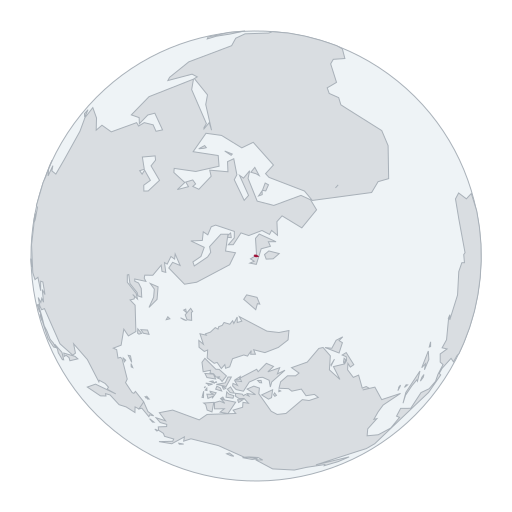 the Earth from above Fife, rotated 219°
{"feature_id": "GBR-2021", "entity_name": "Fife", "entity_type": "Unitary District", "adm_level": 1, "iso_a3": "GBR", "parent_name": "United Kingdom", "parent_adm1": "", "projection": "orthographic", "projection_center": [-3.169, 56.241], "detail": "fine", "context": "on_globe", "style": "filled", "palette": "rose", "viewbox_px": 512, "rotation_deg": 219, "n_neighbors": 0, "source": "natural_earth", "source_scale": "10m", "svg_char_len": 10824}
<svg xmlns="http://www.w3.org/2000/svg" viewBox="0 0 512 512"><g transform="rotate(219 256 256)"><circle cx="256" cy="256" r="225" fill="#eef3f6" stroke="#a8b0b8"/><path d="M39.7,319.0L36.8,307.8L37.1,305.2L35.9,298.0L40.0,299.2L40.7,285.8L39.7,280.1L37.6,279.8L36.0,258.5L37.8,245.2L45.6,184.8L49.1,175.7L53.5,169.1L78.0,131.4L57.2,158.5L62.6,148.2L71.0,136.0L71.3,137.2L83.7,123.6L91.5,113.8L109.1,101.0L128.0,97.4L122.4,101.7L127.6,100.7L134.9,95.5L138.4,92.3L166.1,84.9L191.5,73.0L195.7,66.6L197.8,70.4L203.3,57.1L214.6,50.7L204.1,59.6L204.8,62.0L213.6,58.3L216.3,59.9L222.1,59.3L224.4,61.7L218.1,67.2L219.4,69.0L225.6,66.3L231.9,67.4L222.6,71.0L232.5,73.4L223.8,83.8L197.0,92.9L194.3,102.1L172.6,120.9L176.8,121.8L171.2,130.0L174.0,134.1L169.2,136.8L175.5,137.8L179.4,134.6L183.5,134.1L185.5,136.4L179.7,140.0L177.8,139.5L177.2,141.7L173.4,142.7L176.4,143.5L169.1,148.0L179.2,147.0L175.8,153.5L170.2,155.5L167.1,150.7L146.5,144.9L139.8,146.2L133.6,152.5L129.6,173.5L123.8,177.1L118.6,185.3L123.5,185.2L129.2,178.9L137.0,181.1L143.1,173.5L147.2,173.4L154.9,167.7L157.7,173.7L156.1,182.7L149.8,187.8L148.9,192.1L158.1,191.6L149.4,205.8L149.0,223.7L146.3,227.1L135.4,225.2L127.3,213.7L113.1,212.9L126.2,218.8L119.3,227.8L119.8,231.7L122.5,234.5L126.7,233.3L125.1,237.7L111.6,233.1L112.8,229.0L117.0,230.4L113.2,225.2L104.0,222.9L101.3,228.0L90.3,220.2L88.2,223.9L84.6,224.5L88.8,219.0L81.1,228.9L67.9,223.5L57.2,240.2L63.4,220.2L63.0,211.7L61.6,203.2L59.7,205.7L60.4,192.0L56.5,186.2L48.5,194.0L43.0,207.1L42.9,220.9L46.0,220.0L47.7,228.6L39.9,235.0L41.8,253.7L37.9,261.8L37.6,271.6L40.1,278.5L42.3,289.3L46.1,289.5L51.2,295.8L49.0,304.0L53.6,301.8L55.2,310.8L66.8,328.3L65.4,328.8L74.8,352.5L88.6,371.5L91.8,380.3L89.8,382.0L95.5,387.9L95.6,390.1L121.2,412.0L136.9,425.9L138.2,432.5L128.5,432.8L128.0,440.1L112.8,429.9L113.0,430.1L100.4,418.9L88.6,406.8L77.8,393.8L68.0,380.1L59.2,365.6L51.5,350.6L45.0,335.0L39.7,319.0ZM53.7,244.3L56.2,269.8L51.7,260.3L53.1,261.0L53.2,253.4L52.2,241.9L49.1,234.1L53.7,244.3ZM61.7,244.3L61.0,240.6L62.1,243.6L61.7,244.3ZM139.6,90.8L134.7,95.2L127.2,99.5L130.9,95.5L139.6,90.8ZM154.3,83.8L152.8,86.1L147.2,86.4L149.8,85.0L154.3,83.8ZM198.2,61.9L193.8,64.3L197.2,61.5L198.2,61.9ZM222.4,58.7L222.9,57.6L225.7,57.8L222.4,58.7ZM152.9,164.9L153.9,166.3L151.9,166.6L152.9,164.9ZM155.4,161.3L152.4,160.6L153.1,158.8L155.0,159.2L155.4,161.3ZM231.9,61.8L236.3,62.6L230.7,62.7L231.9,61.8ZM158.9,162.5L154.8,155.7L156.2,152.6L164.2,151.6L158.9,162.5ZM238.1,63.7L248.9,65.9L250.7,63.5L251.5,72.0L242.1,67.1L234.9,67.4L238.7,65.6L238.1,63.7ZM179.8,132.7L175.7,136.2L177.3,131.2L179.8,132.7ZM179.8,129.6L178.6,115.9L185.6,112.1L184.5,117.3L192.1,111.1L196.0,115.9L192.8,120.5L187.5,121.9L193.0,122.7L179.8,129.6ZM250.2,76.6L251.9,78.1L249.0,77.6L250.2,76.6ZM185.3,133.5L184.4,131.0L190.4,127.4L193.2,132.0L190.3,131.6L185.3,133.5ZM192.1,107.1L197.0,105.5L201.6,108.9L204.1,108.8L196.7,115.7L192.1,107.1ZM190.0,133.6L194.4,134.4L193.4,138.2L186.5,135.8L190.0,133.6ZM190.7,124.7L193.7,123.3L193.0,125.5L190.7,124.7ZM192.4,152.5L191.2,149.2L194.2,147.1L192.4,152.5ZM196.2,134.5L196.5,133.2L197.5,132.0L200.2,133.4L196.2,134.5ZM200.5,117.8L201.3,119.7L203.7,115.1L207.2,117.7L201.7,121.9L205.5,121.2L206.6,122.0L200.9,124.6L200.5,117.8ZM206.0,131.3L200.1,138.0L201.6,144.3L199.0,146.4L197.1,135.8L206.0,131.3ZM203.5,127.1L204.5,130.2L200.7,131.0L197.7,129.5L203.5,127.1ZM211.6,118.0L207.7,112.9L209.0,112.2L211.6,118.0ZM207.2,133.0L208.6,131.4L207.8,133.3L207.2,133.0ZM211.1,122.4L209.5,120.6L211.1,119.8L211.1,122.4ZM212.7,129.7L210.8,131.8L208.7,130.8L212.7,129.7ZM212.6,126.2L215.1,125.6L209.1,129.1L211.6,125.5L212.6,126.2ZM212.9,121.9L213.3,120.9L213.3,122.8L212.9,121.9ZM221.8,132.6L214.7,137.4L210.0,135.0L217.6,130.7L221.8,132.6ZM467.7,179.1L469.3,185.2L473.2,196.2L473.0,195.5L474.7,201.8L474.7,202.0L472.0,193.2L468.0,187.4L470.7,198.4L468.2,193.7L463.1,193.7L465.6,209.7L471.3,242.1L476.0,255.9L476.2,268.6L466.8,262.9L459.4,253.2L458.0,260.7L446.6,261.4L432.7,284.5L429.0,283.1L426.8,289.3L418.5,293.2L412.2,290.0L408.0,295.2L424.5,303.3L428.8,297.5L429.9,285.4L433.9,290.0L441.7,287.2L439.4,312.5L415.9,354.1L410.7,344.8L377.9,327.7L377.2,323.0L377.0,322.6L376.4,322.0L376.3,330.2L369.7,325.8L390.4,342.1L395.1,350.7L415.6,355.1L414.4,358.2L420.1,357.1L434.9,336.9L435.6,340.5L430.4,364.6L407.3,404.1L408.8,412.5L404.3,421.8L386.4,437.3L384.4,440.7L374.6,447.3L371.6,449.4L370.6,450.0L356.2,457.8L341.2,464.5L325.8,470.2L319.2,471.3L311.2,465.4L319.7,457.5L318.9,452.3L302.7,441.6L306.5,431.5L301.4,428.4L291.4,431.1L285.2,426.9L278.9,427.6L237.2,432.6L222.8,424.9L201.6,399.6L207.9,390.6L206.1,378.1L247.2,334.6L259.2,337.0L295.3,325.3L300.4,326.0L299.7,337.7L329.7,342.6L335.1,331.1L358.7,328.0L372.1,319.9L370.5,297.5L348.6,310.3L341.2,302.5L356.0,283.8L374.7,272.6L372.4,269.2L357.6,268.3L358.9,258.1L352.1,267.4L357.1,269.3L353.0,275.3L348.3,274.0L348.9,270.3L342.4,271.9L341.0,289.7L346.0,293.6L330.8,303.8L337.5,311.4L334.5,317.6L322.0,307.1L320.9,301.6L300.2,291.8L299.9,298.4L319.5,308.3L314.7,308.7L314.6,318.3L311.0,311.3L289.6,299.4L274.0,306.5L259.2,331.4L249.0,334.0L238.0,330.0L238.1,306.7L261.0,303.6L261.4,295.9L252.3,285.6L260.0,285.7L259.1,281.3L267.4,279.6L274.5,267.3L282.2,264.5L280.8,250.5L284.6,247.3L284.3,256.4L288.3,261.5L306.8,254.6L309.2,250.6L306.8,242.1L312.2,241.6L307.5,234.3L316.1,226.7L301.7,230.2L298.5,221.0L301.3,211.7L297.7,209.4L293.0,224.8L293.5,230.4L298.0,234.1L297.0,250.8L291.5,255.3L282.8,240.7L274.0,245.6L271.0,232.6L285.6,198.3L293.8,189.1L316.2,191.8L316.8,198.6L309.0,200.9L320.1,206.7L317.3,202.4L321.8,202.1L319.9,193.8L323.0,193.3L315.8,186.5L319.4,184.9L323.9,189.2L324.1,176.1L330.4,171.1L328.9,168.4L325.6,167.0L335.8,161.8L334.3,160.1L330.3,161.1L324.8,158.6L318.9,152.1L322.7,150.7L325.4,152.8L336.7,155.3L343.2,161.5L344.1,160.3L339.5,154.6L325.6,151.5L321.0,148.0L327.6,148.5L324.8,148.1L323.7,145.9L326.2,142.6L319.0,141.7L301.8,121.7L304.9,113.6L312.7,116.0L304.7,101.8L308.9,94.6L305.3,95.5L299.0,89.8L297.6,91.9L295.4,91.9L278.6,79.3L277.7,75.5L266.3,71.9L264.5,72.4L264.5,74.9L251.5,72.0L250.7,63.5L255.0,62.6L251.6,58.2L261.9,57.0L268.8,54.3L282.0,56.2L286.3,54.3L284.5,52.8L288.9,49.4L304.6,48.0L300.1,55.4L278.2,60.6L287.9,58.8L288.1,61.2L293.0,62.0L299.6,60.8L298.9,59.3L321.9,69.4L342.5,73.0L335.2,66.9L336.0,63.6L353.1,64.4L387.3,82.0L388.7,79.4L392.4,81.0L399.1,86.7L394.0,84.5L395.9,88.3L392.0,86.4L401.0,95.4L395.7,93.2L405.3,101.7L407.5,100.9L401.5,93.5L412.1,102.2L412.9,98.6L418.9,102.5L437.6,123.6L447.7,139.5L449.5,142.1L450.5,145.4L456.4,156.2L458.4,157.0L467.7,179.1ZM237.1,358.9L236.9,363.0L237.1,358.9ZM397.4,270.3L406.6,261.4L397.4,253.1L400.1,249.1L396.0,247.9L396.6,252.6L385.7,248.3L387.8,240.4L384.0,235.9L380.7,238.7L378.6,254.1L394.3,260.0L394.4,267.3L397.4,270.3ZM67.3,328.7L68.4,332.4L66.3,329.6L67.3,328.7ZM49.5,262.2L50.8,266.3L50.9,269.6L49.7,267.0L49.5,262.2ZM64.1,294.3L66.3,299.2L63.3,295.5L64.1,294.3ZM56.9,273.5L62.3,290.6L56.6,284.4L53.5,273.6L56.5,279.0L56.9,273.5ZM57.9,247.3L58.3,250.4L57.1,251.2L57.9,247.3ZM62.5,246.6L62.1,245.8L62.5,243.3L62.5,246.6ZM120.1,228.0L121.2,228.6L123.2,232.0L120.8,231.7L120.1,228.0ZM140.7,240.9L137.7,247.8L138.2,242.5L134.3,243.0L130.4,232.9L144.8,228.3L139.0,232.0L140.7,240.9ZM129.2,218.6L130.1,225.2L128.6,218.2L129.2,218.6ZM246.1,260.0L250.3,262.5L249.2,268.0L239.5,272.5L240.9,264.6L246.1,260.0ZM256.5,264.9L250.5,249.7L256.3,246.6L254.1,250.8L258.5,250.3L256.1,257.0L267.5,269.4L267.3,275.1L249.4,279.7L255.4,274.9L250.9,272.6L256.5,264.9ZM224.9,219.8L222.4,214.1L238.3,214.6L238.8,219.9L229.2,224.5L222.8,221.0L224.9,219.8ZM173.8,162.5L171.8,161.0L173.4,159.9L176.4,160.3L173.8,162.5ZM191.6,151.1L184.2,168.4L181.5,167.4L180.4,179.1L172.9,181.2L173.9,173.4L167.3,184.1L165.2,177.9L161.6,185.5L164.5,168.0L162.4,163.2L167.6,167.7L174.5,165.9L176.9,163.6L181.9,153.8L180.7,143.0L187.4,139.7L192.4,140.3L193.7,142.5L188.9,143.8L194.1,145.7L188.2,149.3L191.6,151.1ZM247.3,154.4L241.3,154.3L250.6,160.3L244.8,163.2L246.3,163.7L243.5,168.2L242.6,174.7L239.5,175.3L240.5,177.6L238.6,180.8L239.0,184.2L233.4,186.5L233.4,191.0L230.8,189.6L232.2,196.7L228.7,192.5L226.0,196.4L230.8,198.4L200.2,204.5L190.0,211.0L183.5,218.8L178.3,211.0L181.1,199.0L188.3,186.5L198.8,181.7L194.6,179.3L198.3,176.3L200.1,179.5L199.6,172.9L203.2,171.4L209.6,161.4L206.7,153.3L209.0,149.6L211.9,152.0L212.1,146.7L219.2,148.8L221.0,146.3L229.8,146.1L234.4,152.5L236.1,149.3L242.8,149.2L247.3,154.4ZM224.2,132.8L231.1,139.4L231.3,144.3L215.9,142.7L213.3,144.7L203.5,144.2L203.4,137.1L206.2,137.8L209.0,137.0L207.9,139.5L210.8,136.8L214.8,137.8L218.1,136.1L219.4,138.6L224.2,132.8ZM304.1,320.5L307.6,320.0L312.7,317.9L312.7,324.1L304.1,320.5ZM289.4,312.7L292.3,311.1L294.8,318.5L291.1,319.2L289.4,312.7ZM291.8,304.3L292.3,310.5L289.8,307.6L291.8,304.3ZM286.8,254.7L289.7,252.7L290.8,254.5L290.2,257.9L286.8,254.7ZM273.8,174.2L270.3,173.0L270.7,171.5L265.5,165.5L269.4,163.1L274.0,165.7L273.8,174.2ZM368.0,303.3L365.4,309.5L362.8,308.9L364.3,306.9L368.0,303.3ZM338.7,318.6L346.4,317.9L338.6,320.3L338.7,318.6ZM277.2,170.5L274.6,168.3L278.2,168.4L277.2,170.5ZM272.0,161.0L275.8,160.5L269.3,162.1L272.0,161.0ZM406.1,424.0L407.3,422.7L415.8,412.2L425.1,401.9L430.5,394.0L431.1,396.0L417.5,413.0L406.1,424.0ZM476.5,256.1L478.9,258.7L478.6,264.0L476.5,256.1ZM451.7,145.1L454.3,150.2L453.3,148.9L449.4,141.6L451.7,145.1ZM423.5,106.2L427.5,110.1L429.4,112.2L428.6,111.8L423.5,106.2ZM306.8,148.7L309.6,159.5L314.2,166.3L320.9,168.1L312.7,170.4L305.6,160.0L306.8,148.7ZM302.0,125.0L296.2,123.9L297.8,121.6L299.4,121.5L302.0,125.0ZM299.1,126.3L293.7,130.2L289.8,127.8L294.9,125.1L299.1,126.3ZM285.7,150.0L286.3,153.3L283.4,153.0L285.7,150.0ZM387.2,74.6L385.4,74.1L381.2,70.9L383.7,72.1L387.2,74.6ZM365.8,61.0L379.5,69.9L390.2,77.9L389.0,76.3L395.2,80.3L394.7,81.4L384.0,74.0L376.7,68.5L371.4,66.2L363.5,61.7L358.9,60.9L354.1,58.8L356.0,57.9L365.8,61.0ZM357.1,60.8L346.2,59.0L340.1,54.3L341.2,53.6L348.8,56.4L351.5,58.6L357.1,60.8ZM341.8,57.3L344.3,59.6L333.5,64.1L329.7,64.0L334.7,57.5L337.4,59.4L341.1,59.3L341.8,57.3ZM253.6,76.9L252.1,78.0L251.9,76.4L253.6,76.9ZM294.8,93.2L291.7,93.0L291.7,90.9L294.8,93.2ZM283.2,91.3L285.4,93.8L281.5,91.7L283.2,91.3ZM290.7,99.4L285.6,95.1L292.7,98.4L290.7,99.4Z" fill="#d9dde1" stroke="#a8b0b8" stroke-width="1"/><path d="M255.8,255.6L256.0,255.5L256.5,255.2L256.8,255.2L256.8,255.3L256.8,255.5L256.7,255.5L256.8,255.5L257.1,255.7L257.2,255.8L257.3,255.8L257.2,256.0L256.8,256.2L256.7,256.2L256.4,256.1L256.3,256.3L256.2,256.4L256.1,256.5L255.8,256.7L255.7,256.8L255.4,256.8L255.1,256.7L254.9,256.7L254.7,256.7L254.8,256.6L255.0,256.5L254.9,256.5L255.0,256.4L255.3,256.4L255.5,256.4L255.8,256.3L255.7,256.3L255.7,256.2L255.8,256.2L255.7,256.0L255.6,255.9L255.8,255.8L255.8,255.7L255.8,255.6Z" fill="#f43f5e" stroke="#9f1239" stroke-width="1.5"/></g></svg>